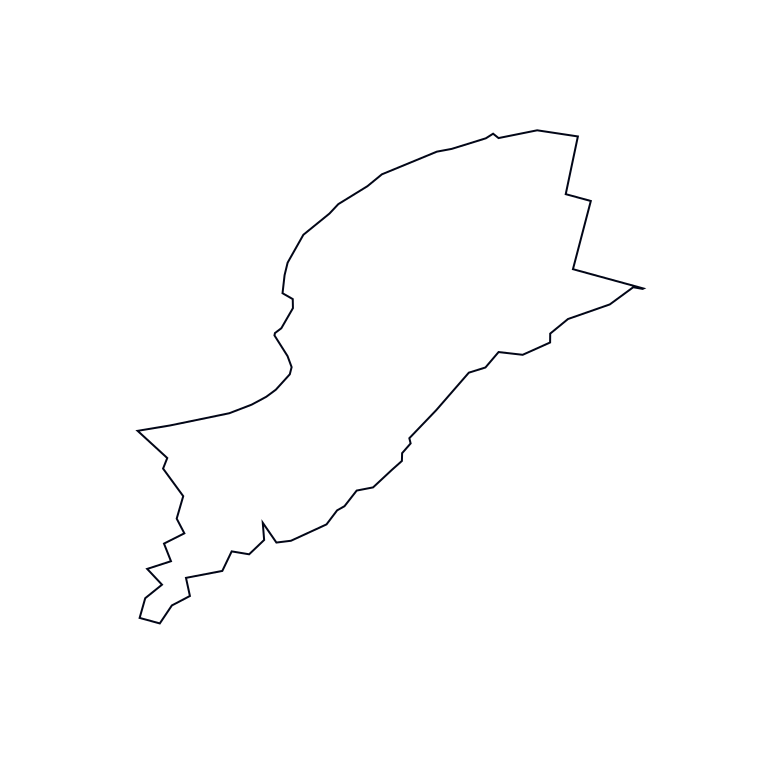 outline of Santa Cruz, California, United States of America, rotated 105°
{"feature_id": "52423323B68447963014117", "entity_name": "Santa Cruz", "entity_type": "district", "adm_level": 2, "iso_a3": "USA", "parent_name": "United States of America", "parent_adm1": "California", "projection": "equal_earth", "projection_center": [-121.926, 37.068], "detail": "fine", "context": "isolated", "style": "outline", "palette": "ink", "viewbox_px": 768, "rotation_deg": 105, "n_neighbors": 0, "source": "geoboundaries", "source_scale": "gbopen_adm2", "svg_char_len": 1100}
<svg xmlns="http://www.w3.org/2000/svg" viewBox="0 0 768 768"><g transform="rotate(105 384 384)"><path d="M673.2,559.5L673.3,538.6L652.8,531.6L639.0,516.6L622.5,525.1L606.4,491.8L585.1,487.8L583.4,470.2L565.7,459.4L549.4,465.2L565.0,446.9L559.5,433.3L534.5,403.2L518.2,396.6L512.2,390.5L494.0,382.8L486.7,367.8L464.8,354.1L453.7,346.8L446.1,348.6L434.5,342.9L429.8,345.5L395.8,326.8L351.1,305.0L341.8,290.3L323.5,281.6L319.9,257.6L300.9,234.3L292.3,236.5L273.6,223.1L248.7,186.5L226.0,168.3L225.2,158.8L224.6,158.1L224.2,231.2L153.7,231.6L153.6,257.6L94.7,260.8L99.3,301.7L116.8,337.0L114.0,343.4L120.3,349.2L139.4,379.5L145.9,393.1L182.0,440.3L197.2,451.2L222.1,474.7L233.5,480.8L260.7,500.5L289.8,508.0L291.8,508.5L304.6,508.2L322.6,505.5L325.6,494.1L334.3,491.6L356.7,497.6L363.0,502.5L365.4,502.4L382.0,484.4L391.6,477.6L399.0,477.5L417.5,487.0L426.8,494.4L438.2,506.5L452.3,525.9L479.5,580.1L493.0,609.9L511.6,574.2L522.9,575.5L544.3,548.9L567.7,549.4L579.9,538.2L595.1,555.2L610.3,543.9L623.9,564.9L635.3,546.5L652.7,559.2L673.2,559.5Z" fill="none" stroke="#020617" stroke-width="2"/></g></svg>